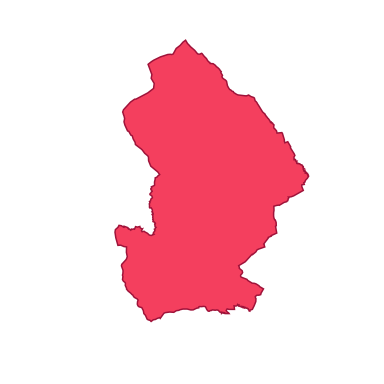 Sinca, Brasov, Romania (Mercator projection), rotated 147°
{"feature_id": "2599482B93620310031935", "entity_name": "Sinca", "entity_type": "district", "adm_level": 2, "iso_a3": "ROU", "parent_name": "Romania", "parent_adm1": "Brasov", "projection": "mercator", "projection_center": [25.18, 45.726], "detail": "fine", "context": "isolated", "style": "filled", "palette": "rose", "viewbox_px": 384, "rotation_deg": 147, "n_neighbors": 0, "source": "geoboundaries", "source_scale": "gbopen_adm2", "svg_char_len": 5926}
<svg xmlns="http://www.w3.org/2000/svg" viewBox="0 0 384 384"><g transform="rotate(147 192 192)"><path d="M204.6,298.3L206.6,296.8L207.0,295.1L207.3,294.4L207.6,292.8L208.5,290.3L210.8,287.9L211.8,284.8L212.8,278.3L212.0,277.3L212.3,273.0L211.5,271.6L212.4,268.7L212.7,264.5L213.6,262.6L211.1,255.5L210.8,254.2L210.6,250.3L209.4,246.4L209.5,245.0L211.4,241.8L212.5,236.1L209.8,227.5L209.6,224.2L211.7,224.1L213.3,223.6L215.2,223.9L215.8,222.9L218.0,220.8L219.7,218.1L220.4,218.0L223.2,218.5L223.5,217.4L224.6,217.3L225.1,216.5L225.2,216.2L224.8,215.6L225.1,214.2L226.0,214.2L226.7,213.7L228.0,213.5L228.6,212.9L228.6,212.3L228.2,211.7L227.8,210.3L228.4,208.7L230.2,208.5L231.7,207.1L232.8,207.2L233.0,206.0L234.2,205.4L235.2,203.4L235.9,202.6L236.1,201.9L236.0,201.5L234.9,201.1L234.9,198.9L235.8,197.2L236.4,197.2L236.2,195.8L236.5,194.8L237.3,195.1L237.8,194.8L237.5,194.1L238.1,192.8L238.8,192.1L239.0,191.2L239.9,190.3L239.7,189.6L240.8,188.6L240.7,188.1L240.2,187.8L239.8,186.5L240.2,186.2L240.0,185.4L241.1,184.9L241.2,184.2L241.8,183.2L241.4,182.0L242.4,181.8L242.8,181.1L243.8,181.3L244.2,179.7L246.5,178.9L247.0,178.4L246.9,177.9L247.5,177.8L247.2,177.3L249.7,177.7L250.8,178.6L251.3,179.3L251.8,181.6L253.2,184.1L253.5,185.1L255.5,185.9L255.5,187.0L253.6,188.1L254.0,188.2L254.9,190.0L254.9,190.5L254.5,191.5L256.9,192.3L258.2,193.7L260.5,192.1L261.3,193.0L262.9,193.3L263.1,193.9L264.2,193.4L264.7,195.1L265.4,195.5L265.5,196.1L265.1,196.3L265.3,197.2L268.1,200.9L267.7,199.5L268.3,199.4L269.7,202.3L271.4,203.8L273.3,202.7L276.7,202.2L278.5,200.2L280.8,195.2L283.2,187.6L280.7,186.2L278.8,183.3L276.8,181.6L279.9,177.1L281.5,173.0L283.8,171.3L290.3,169.6L291.4,168.5L292.5,164.0L293.0,163.1L294.5,161.1L295.6,160.2L296.0,158.7L298.0,156.4L298.1,154.5L297.5,152.8L297.5,151.8L298.9,149.9L299.3,146.9L299.8,146.2L299.5,143.6L298.6,140.9L298.1,138.4L297.7,137.7L297.9,137.0L297.8,135.1L296.2,132.2L296.1,130.7L297.4,129.7L298.9,127.8L299.2,126.8L299.3,125.7L298.9,124.5L297.1,122.4L297.4,119.1L298.6,116.2L298.2,113.9L298.9,109.8L298.4,108.7L297.1,107.2L296.8,105.7L294.0,105.9L292.0,105.0L290.4,105.0L287.6,104.3L287.5,103.3L281.6,105.6L280.2,105.4L276.1,103.5L272.8,101.0L269.8,101.0L267.4,99.9L266.5,99.9L263.4,98.8L259.8,96.5L257.3,93.8L255.2,92.5L251.4,92.0L249.4,91.2L248.9,91.9L248.0,91.8L246.7,90.8L244.3,89.6L243.2,88.4L243.6,85.5L243.5,83.8L243.1,83.1L242.5,82.6L241.2,82.6L240.1,82.0L239.2,82.1L236.9,80.2L235.3,79.5L234.3,78.3L234.2,76.9L234.0,76.1L233.5,75.6L233.4,75.2L233.0,75.4L232.7,75.1L233.1,74.4L232.3,74.7L231.4,73.9L232.0,73.8L232.0,73.5L231.3,73.2L231.1,72.7L230.5,72.7L230.6,72.4L230.2,72.3L230.1,71.8L227.1,69.8L227.1,70.5L227.8,72.4L227.9,74.0L226.2,74.8L224.8,73.3L220.3,70.4L218.7,73.6L217.7,72.7L216.3,72.1L215.6,72.3L215.0,72.9L214.5,71.9L214.2,71.7L214.8,71.4L214.9,70.7L214.3,70.4L213.9,69.6L213.0,69.4L212.8,68.9L213.1,68.5L212.9,68.3L212.1,68.4L212.0,67.8L212.2,67.4L211.8,67.3L211.2,67.6L210.9,67.0L211.1,66.3L211.3,66.2L211.0,65.9L210.2,66.2L209.9,65.8L209.8,65.0L208.9,64.4L208.5,63.4L208.8,62.9L208.5,62.0L208.9,61.2L208.4,60.6L208.1,61.1L207.3,61.2L205.3,60.7L201.9,62.7L198.2,65.3L196.4,67.8L196.5,68.4L195.8,69.9L193.8,70.1L192.0,69.0L190.3,68.5L189.1,69.6L184.8,71.8L186.8,75.8L186.9,77.0L188.3,80.0L189.3,81.3L191.2,82.8L193.4,87.4L193.5,88.8L197.1,93.8L197.2,94.5L197.0,95.2L196.1,96.0L194.8,96.2L193.4,96.9L192.8,98.7L193.9,102.1L193.2,103.4L193.0,104.8L185.3,104.5L176.6,106.8L175.5,107.0L175.4,106.5L171.0,107.0L169.1,108.0L167.5,107.9L160.9,106.3L160.6,107.5L160.1,108.4L160.2,109.3L153.0,111.9L152.8,112.4L149.5,111.8L149.3,112.3L143.3,111.4L140.6,117.8L139.7,117.8L138.0,120.7L137.4,123.2L137.8,123.6L137.5,125.4L136.7,127.3L134.8,130.2L133.2,132.0L131.1,135.5L128.2,134.6L126.3,133.7L126.0,133.3L120.4,133.1L117.9,132.3L117.1,132.6L116.5,132.5L115.5,133.3L115.3,133.8L114.2,134.2L113.8,134.5L113.9,135.2L111.5,134.0L108.9,133.4L97.8,132.7L97.0,136.5L96.7,137.3L95.9,138.2L93.7,137.2L93.2,138.9L91.7,138.9L91.5,139.3L90.2,140.1L87.7,140.7L85.5,141.8L85.5,142.1L85.9,142.6L85.2,143.2L85.5,143.8L85.3,144.0L85.5,144.5L85.2,144.7L85.8,145.3L85.4,145.2L85.4,145.4L85.8,146.2L85.5,146.1L85.7,147.1L86.2,147.3L86.2,147.5L85.9,147.4L85.8,147.6L86.4,147.8L86.6,148.4L86.1,148.3L86.2,148.9L85.7,149.0L86.3,149.5L86.3,150.4L85.6,150.5L86.0,150.8L85.5,150.7L85.6,151.4L85.8,151.3L85.7,151.8L85.5,152.3L85.4,152.1L85.0,152.2L84.8,152.9L85.2,153.9L85.0,154.7L86.1,155.9L86.2,156.9L87.2,157.7L87.1,157.9L87.7,158.5L88.3,158.5L88.5,158.9L88.3,159.7L87.7,160.1L87.9,160.7L87.6,160.8L87.8,160.9L87.8,161.8L88.0,161.9L87.7,162.4L87.9,162.6L87.8,162.8L88.0,163.0L87.8,163.2L88.0,163.6L88.5,163.6L88.3,163.9L88.5,164.1L87.4,165.8L85.8,166.6L85.5,168.5L85.4,175.4L84.6,176.2L84.3,182.0L87.3,182.7L86.8,184.6L86.2,185.2L84.2,192.0L84.3,192.9L88.6,195.1L87.8,197.3L88.2,200.2L88.5,200.5L88.2,201.9L86.7,203.6L87.0,204.9L86.9,205.8L87.3,206.8L87.7,206.8L87.4,207.5L88.1,207.7L88.2,208.1L87.9,209.0L88.0,211.9L88.3,212.7L88.2,213.8L88.6,214.8L88.4,215.7L88.6,217.0L88.3,217.4L89.2,220.7L89.0,228.9L89.1,230.2L88.9,230.8L89.0,232.9L89.4,234.0L88.5,236.8L88.8,237.7L90.6,240.0L91.7,242.5L93.8,242.9L94.6,243.4L100.5,248.3L101.3,249.4L102.8,252.6L102.7,253.8L103.4,254.5L103.9,256.4L104.6,257.6L104.6,259.5L104.4,261.8L102.7,266.1L103.0,267.7L103.9,269.7L104.3,271.2L104.0,272.5L102.9,273.2L102.8,276.4L101.9,277.0L102.2,278.5L102.1,279.9L102.7,282.6L103.4,284.0L103.3,285.2L104.4,288.1L106.8,289.9L106.5,290.9L106.9,291.4L107.4,293.8L107.2,295.5L107.5,297.8L107.8,298.2L108.2,302.7L108.6,303.2L110.3,303.3L111.7,304.3L112.1,305.0L112.6,309.4L114.2,314.9L114.3,316.1L114.9,319.0L114.7,322.8L117.9,322.6L122.1,321.4L127.1,321.0L132.6,318.0L134.1,318.3L135.2,319.3L137.4,320.5L144.9,322.5L152.3,323.4L155.3,323.4L159.3,323.0L161.7,312.3L164.3,309.6L164.6,303.6L167.8,299.8L175.2,299.2L188.4,300.4L189.6,301.1L194.6,300.9L204.6,298.3Z" fill="#f43f5e" stroke="#9f1239" stroke-width="1.5"/></g></svg>